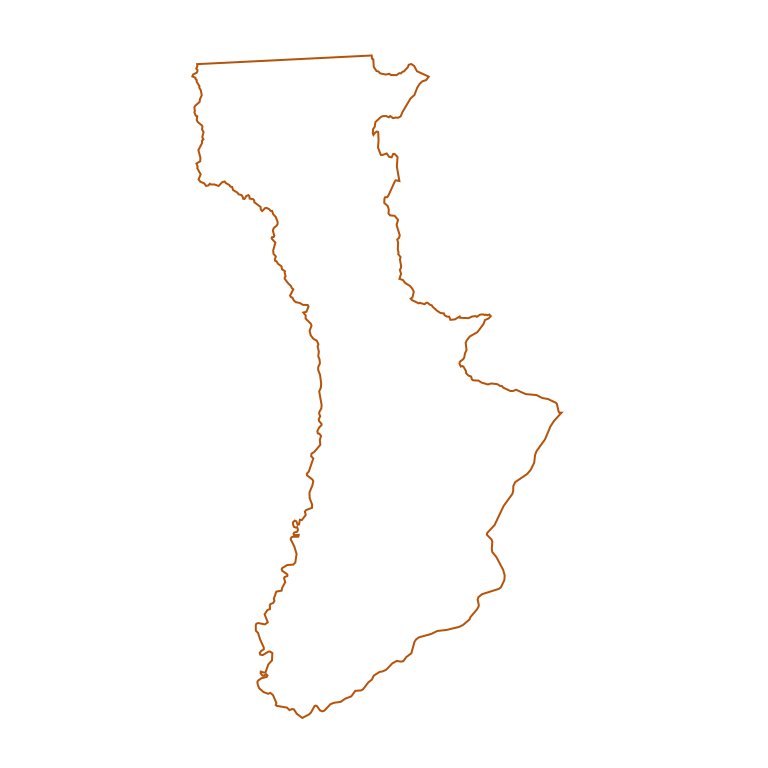 Bonfim, Roraima, Brazil (Mercator projection), rotated 177°
{"feature_id": "56859067B6516364509135", "entity_name": "Bonfim", "entity_type": "district", "adm_level": 2, "iso_a3": "BRA", "parent_name": "Brazil", "parent_adm1": "Roraima", "projection": "mercator", "projection_center": [-60.06, 2.792], "detail": "fine", "context": "isolated", "style": "outline", "palette": "amber", "viewbox_px": 768, "rotation_deg": 177, "n_neighbors": 0, "source": "geoboundaries", "source_scale": "gbopen_adm2", "svg_char_len": 6122}
<svg xmlns="http://www.w3.org/2000/svg" viewBox="0 0 768 768"><g transform="rotate(177 384 384)"><path d="M208.2,346.1L210.4,346.2L211.1,347.5L212.4,355.1L213.3,356.2L221.0,360.4L226.6,361.7L232.4,365.0L243.1,366.5L252.3,371.3L255.5,370.3L258.2,370.4L265.1,374.1L266.4,375.9L268.1,376.0L270.8,377.9L276.8,378.9L280.3,378.1L286.5,380.3L289.6,382.5L294.8,383.0L296.1,384.2L296.6,386.9L299.2,388.0L301.4,390.4L301.5,392.6L303.6,396.9L304.8,397.9L306.4,397.4L307.6,400.5L307.1,402.3L303.6,404.6L302.5,406.2L301.6,410.1L299.8,413.7L300.3,420.8L299.2,423.1L295.8,427.0L288.0,430.9L281.5,438.7L279.8,442.6L276.1,444.0L273.8,446.2L275.2,447.9L277.3,447.3L278.9,448.0L280.0,447.6L281.2,448.3L284.3,448.3L287.8,446.2L288.9,447.0L292.6,446.8L296.1,445.3L304.6,446.2L304.9,447.4L309.9,444.8L314.3,444.6L315.4,447.8L317.3,447.9L319.1,448.9L320.1,449.8L320.5,451.4L323.8,451.9L327.3,454.5L331.4,458.6L332.2,460.1L333.9,460.7L336.3,462.9L337.8,462.8L339.3,461.5L343.9,463.2L345.1,462.7L351.8,466.4L352.9,467.8L351.1,468.9L349.4,474.5L350.7,477.6L352.9,480.5L357.7,483.9L359.6,486.8L363.1,488.2L361.2,493.1L362.2,497.2L361.2,498.5L360.7,500.9L361.6,507.5L360.8,509.8L363.0,513.0L362.6,514.6L363.2,517.8L362.5,524.5L363.2,527.6L361.3,529.2L360.5,531.7L363.1,542.1L361.4,547.2L364.6,551.4L369.1,552.1L370.6,554.1L370.1,557.9L370.8,561.3L374.3,564.9L373.8,569.3L373.0,570.5L371.0,570.4L369.7,572.1L362.6,585.7L361.7,586.8L358.0,585.9L359.8,600.4L358.6,610.0L361.4,613.2L362.7,613.3L364.5,610.0L367.0,610.6L369.2,614.1L373.6,612.8L375.2,613.0L377.6,620.4L376.7,627.5L376.6,635.9L377.8,636.5L379.6,635.6L381.5,633.3L382.1,634.9L381.6,639.0L379.8,641.4L378.8,646.1L373.0,650.9L370.8,651.6L367.6,651.4L365.2,650.1L363.8,651.3L361.0,649.0L358.5,649.5L356.1,649.1L353.3,650.4L351.4,654.5L342.6,667.7L338.5,671.0L335.4,678.0L332.8,681.8L330.0,684.2L326.0,685.3L323.2,688.6L334.7,694.6L337.2,700.0L340.0,702.1L342.6,701.5L343.6,699.1L347.7,695.1L349.1,694.9L350.8,693.3L352.4,693.6L355.3,691.8L361.0,692.2L362.4,693.5L365.9,692.9L371.5,694.4L373.2,696.4L375.1,696.9L377.6,701.2L377.7,708.8L378.9,709.4L379.1,712.7L553.9,713.2L553.7,711.3L555.0,708.8L553.9,707.5L553.9,706.3L554.7,704.7L558.4,703.1L559.3,701.2L556.3,699.7L556.2,698.4L555.1,697.3L555.3,695.8L552.7,691.0L553.0,689.6L551.6,687.0L550.9,681.9L552.8,678.2L553.4,675.3L558.0,671.7L558.9,670.2L558.6,666.7L559.1,665.3L558.0,661.8L556.5,661.2L557.2,657.5L556.3,655.4L552.5,651.9L551.8,650.5L552.4,647.9L551.0,645.0L552.6,639.9L551.5,637.8L552.9,636.7L553.2,633.9L557.1,627.3L555.5,619.4L555.9,616.0L559.8,614.0L558.7,610.8L559.2,609.3L556.1,602.9L558.5,598.0L556.8,595.6L553.0,593.7L551.4,591.2L549.2,591.4L547.4,593.1L546.4,592.3L542.8,592.1L538.8,590.4L535.0,594.0L532.5,594.6L531.5,593.0L528.0,590.8L527.1,589.2L525.3,588.7L524.6,585.6L520.4,582.8L519.2,581.0L516.5,580.2L515.4,578.6L515.0,576.4L513.6,576.1L511.7,578.9L509.5,579.7L508.6,578.5L508.5,576.2L505.0,575.4L504.0,574.1L504.0,572.3L498.0,567.3L497.9,564.7L496.6,563.1L493.3,566.0L492.0,566.0L489.4,564.5L488.2,562.8L486.7,562.7L485.8,559.4L483.3,556.3L481.8,551.6L481.9,549.3L482.9,547.7L485.9,545.6L487.0,542.9L485.8,537.9L486.5,536.6L488.2,536.5L488.6,535.2L485.1,530.8L487.7,523.1L487.5,519.7L485.3,517.0L486.5,514.4L486.2,512.7L485.0,512.3L483.4,509.4L480.2,506.9L479.9,503.9L477.0,501.8L477.4,500.3L476.6,496.7L477.6,495.5L477.6,494.2L474.2,489.2L471.8,486.8L471.2,484.8L469.6,483.3L473.2,477.2L472.5,475.8L470.9,475.0L469.7,472.2L467.7,470.3L463.8,469.3L460.9,467.3L456.1,466.9L455.3,465.3L457.7,460.2L460.8,459.6L458.6,456.5L458.9,453.5L453.9,448.0L453.3,446.1L455.5,441.0L454.6,436.3L452.2,432.9L448.8,430.7L447.4,427.2L448.3,425.1L447.4,419.7L448.2,415.2L447.1,411.9L446.9,408.0L448.8,404.4L449.0,401.4L447.4,396.5L446.7,387.7L447.3,383.5L449.1,380.0L447.4,366.2L447.9,362.8L450.0,359.6L450.3,357.9L449.4,355.1L451.0,352.3L450.8,350.4L448.5,347.5L448.5,346.3L451.0,344.0L453.0,340.5L452.7,338.1L451.2,337.8L449.6,335.4L451.0,331.5L450.8,326.6L457.2,319.8L460.0,318.3L460.5,315.6L458.5,313.4L463.6,300.6L465.7,298.5L465.7,296.9L460.5,292.3L459.7,290.7L460.9,286.3L464.1,279.7L464.2,273.8L462.1,267.4L462.4,264.1L468.4,262.2L469.7,260.7L469.0,257.3L473.2,252.4L475.1,252.9L476.2,248.2L477.6,247.9L478.7,251.4L480.2,252.3L482.0,250.8L482.3,249.0L481.5,246.2L480.0,245.3L478.3,245.6L477.5,243.0L478.5,241.0L481.6,240.3L482.2,239.2L481.7,237.7L477.1,237.8L477.6,236.0L483.6,236.2L484.7,235.5L485.3,233.8L482.1,226.5L480.2,218.9L481.9,210.4L484.1,208.4L490.1,208.3L495.3,205.5L495.9,204.4L495.3,202.6L491.2,199.6L490.4,198.5L490.6,197.3L493.2,196.5L494.0,195.4L493.0,191.3L496.3,185.9L497.1,183.0L502.4,182.3L505.2,175.6L504.8,173.2L506.0,171.2L508.9,170.2L509.6,169.3L509.6,165.3L512.3,164.3L515.3,160.2L512.5,152.1L515.5,150.2L522.4,151.9L524.1,151.2L524.7,149.8L524.9,144.4L522.8,142.0L521.1,135.4L517.9,127.3L517.9,125.3L520.5,124.0L522.2,121.9L521.8,120.3L519.4,119.6L513.4,122.8L511.8,122.8L509.6,121.1L510.3,113.9L514.2,110.0L517.4,102.3L518.9,102.1L522.1,103.2L522.3,101.5L520.7,99.2L519.0,99.2L516.8,100.3L515.6,99.0L516.5,97.6L521.8,96.6L525.4,94.3L526.1,92.8L525.7,90.1L524.6,86.7L520.3,82.6L515.9,80.7L513.7,81.5L511.1,79.1L508.2,71.2L508.9,69.0L507.9,68.2L497.8,65.9L495.4,63.3L492.8,64.2L491.0,63.8L488.5,59.4L483.1,54.8L475.9,58.1L474.0,59.9L470.2,66.1L468.8,66.4L467.7,65.7L465.0,61.4L462.7,60.3L460.6,61.0L454.2,67.1L450.4,68.3L444.0,68.8L439.1,71.8L433.0,73.8L428.7,79.1L422.8,79.2L420.8,80.3L415.2,86.9L411.6,89.4L409.5,93.3L403.5,96.7L400.2,97.1L396.7,98.6L390.3,104.6L385.7,106.8L382.0,105.9L379.3,106.1L376.0,110.2L370.8,113.6L367.0,125.0L365.3,127.3L362.3,129.2L350.0,131.9L343.6,134.6L334.6,135.1L321.7,137.5L317.6,139.3L310.9,144.4L309.9,146.7L302.9,154.1L301.2,156.8L300.9,158.5L301.8,163.8L300.8,166.3L297.0,169.0L280.0,173.4L277.8,175.0L274.1,181.8L273.5,186.4L274.7,192.1L280.8,205.2L284.7,210.6L285.0,213.9L284.1,220.8L284.7,223.0L289.2,228.1L288.7,229.9L281.0,237.3L270.9,256.0L261.6,267.5L260.6,270.3L260.2,275.3L258.2,279.1L245.8,286.6L242.0,290.6L238.1,297.6L236.9,305.1L235.1,309.1L226.1,320.3L219.9,333.1L216.2,338.2L208.2,346.1Z" fill="none" stroke="#b45309" stroke-width="2"/></g></svg>